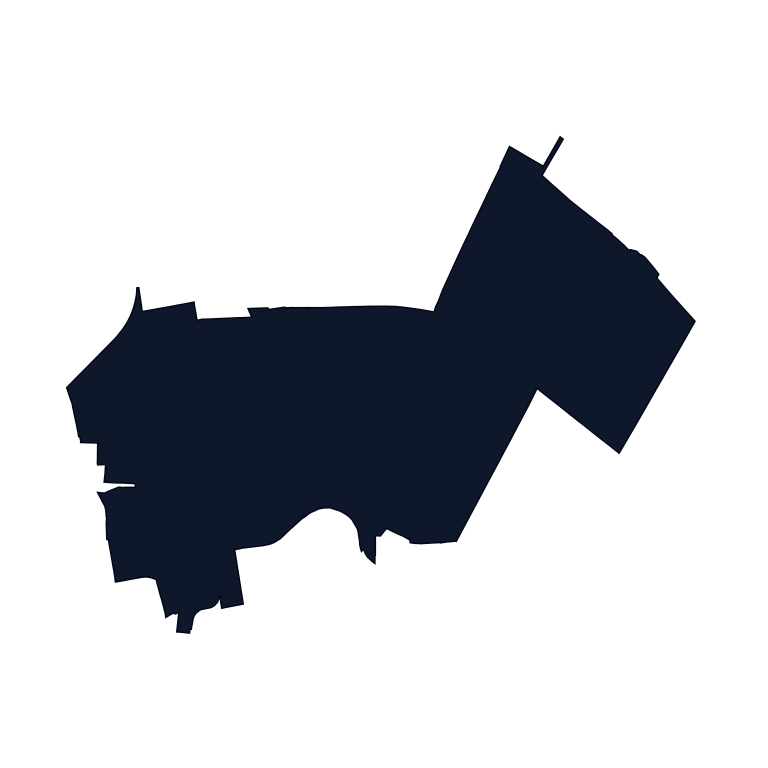 Glina, Ilfov, Romania (Natural Earth projection), rotated 264°
{"feature_id": "2599482B82334086063532", "entity_name": "Glina", "entity_type": "district", "adm_level": 2, "iso_a3": "ROU", "parent_name": "Romania", "parent_adm1": "Ilfov", "projection": "natural_earth1", "projection_center": [26.243, 44.373], "detail": "fine", "context": "isolated", "style": "filled", "palette": "ink", "viewbox_px": 768, "rotation_deg": 264, "n_neighbors": 0, "source": "geoboundaries", "source_scale": "gbopen_adm2", "svg_char_len": 5225}
<svg xmlns="http://www.w3.org/2000/svg" viewBox="0 0 768 768"><g transform="rotate(264 384 384)"><path d="M611.4,585.0L602.0,578.3L583.9,565.2L591.7,554.4L593.0,552.7L597.2,546.9L602.7,539.6L605.1,536.3L607.0,533.6L588.3,522.4L587.5,522.5L583.6,520.1L578.0,516.6L573.5,513.7L566.2,509.3L561.1,506.2L547.5,497.9L538.0,492.0L533.6,489.3L524.4,483.8L518.4,480.1L512.3,476.4L504.2,471.5L489.1,462.6L477.5,455.8L470.9,451.9L465.3,449.1L461.5,447.2L454.8,443.1L450.3,441.4L450.5,440.8L452.5,433.9L454.0,428.7L456.4,419.1L458.5,410.3L459.8,404.0L461.1,394.3L461.6,389.3L462.2,383.2L462.7,378.5L463.7,365.8L463.8,365.5L464.6,353.9L464.8,352.2L465.3,346.1L465.3,345.7L465.6,340.4L466.3,331.0L466.3,330.7L467.0,324.3L467.9,316.3L468.7,308.1L468.8,307.2L469.6,300.2L470.0,294.4L470.0,294.1L469.1,294.4L469.2,293.7L470.8,293.3L470.5,286.3L470.1,277.3L470.8,277.1L471.8,276.4L473.2,256.7L467.8,258.4L464.1,259.6L464.3,258.5L464.6,251.9L464.9,247.5L465.1,246.0L465.7,235.6L466.3,226.2L466.6,220.2L466.9,216.2L467.4,209.6L467.0,206.7L467.0,204.6L474.9,204.2L479.4,203.8L485.3,203.6L484.5,194.4L483.9,186.1L483.2,178.3L482.5,167.6L481.5,154.1L481.5,151.1L484.6,150.9L486.3,151.0L496.5,150.5L505.4,150.2L505.5,148.5L505.5,148.3L498.9,147.2L495.9,146.4L490.4,144.6L486.5,143.1L481.4,140.7L478.2,138.9L473.2,135.8L469.8,133.2L465.8,129.9L460.2,124.3L457.4,121.5L443.2,104.2L441.7,102.4L430.9,89.2L426.3,83.6L424.4,81.2L413.7,68.2L413.2,68.1L408.3,69.2L406.8,69.5L396.6,71.9L393.4,72.0L391.4,72.3L387.6,72.7L384.2,73.0L376.3,73.9L367.7,74.6L364.6,74.8L363.5,74.9L363.2,75.8L361.9,76.2L361.0,76.2L360.3,76.3L359.1,76.4L358.3,76.4L357.5,76.2L355.3,93.0L353.6,92.9L341.8,91.5L338.9,91.2L338.4,91.1L337.6,91.0L336.7,90.9L335.2,90.7L334.5,90.6L334.4,91.0L333.9,91.2L333.4,91.1L333.1,98.7L323.8,97.2L315.7,95.4L314.7,100.8L313.5,108.3L312.8,114.4L311.5,122.5L310.8,126.3L307.2,125.9L308.2,116.6L308.4,112.1L308.9,111.3L309.1,109.3L305.9,98.0L304.7,94.9L305.2,91.7L306.1,87.9L305.7,88.1L305.0,88.2L304.2,88.5L303.7,88.8L303.1,89.0L297.0,91.4L292.5,93.3L291.1,93.7L287.6,94.1L283.9,94.1L281.3,93.9L279.5,94.1L275.3,93.3L258.3,92.1L258.2,93.6L251.3,94.1L244.2,94.6L233.5,95.3L229.0,95.6L226.8,95.8L225.3,95.9L222.8,96.0L220.2,96.1L216.5,96.4L216.4,96.4L216.5,96.1L215.3,96.2L215.1,96.5L217.1,121.6L217.1,124.1L217.1,125.9L217.1,126.6L216.9,127.9L216.2,130.7L215.6,132.4L213.4,136.9L212.6,137.1L210.2,137.5L209.0,137.5L205.7,138.2L198.7,139.2L192.1,140.5L184.0,141.7L178.1,142.6L176.8,142.5L175.8,142.5L174.7,142.6L177.9,149.7L178.5,150.8L178.0,151.1L177.6,151.5L177.3,151.9L177.1,152.5L177.2,153.2L177.5,153.8L177.8,154.3L178.3,154.9L178.5,155.2L178.4,155.7L178.0,156.1L176.4,155.7L159.1,152.0L158.8,153.1L159.0,153.2L158.1,157.5L156.8,163.5L156.6,164.6L160.3,165.3L160.2,166.7L163.9,167.6L165.5,168.3L167.1,168.6L169.4,169.3L170.8,169.7L172.5,170.5L174.6,172.0L175.8,173.2L178.0,176.6L178.9,178.7L179.5,186.3L179.8,188.5L180.3,189.9L181.0,191.5L181.9,192.8L182.8,193.8L184.4,195.6L187.7,197.3L189.7,197.8L191.5,198.0L190.3,198.5L189.9,198.6L177.9,199.2L178.2,201.2L179.9,221.0L234.8,218.1L235.2,221.5L235.1,223.4L235.6,223.5L235.7,230.9L236.0,247.8L236.8,254.6L238.1,258.7L241.2,265.0L249.9,276.1L251.7,278.9L252.5,279.8L259.0,288.8L259.7,290.6L262.9,295.7L263.9,297.8L265.4,302.5L266.5,305.5L267.1,310.9L266.5,317.6L262.1,327.3L258.7,332.1L255.7,335.4L252.1,338.2L249.2,339.5L244.7,341.5L242.4,342.5L239.3,342.9L236.1,343.0L230.6,343.3L227.0,343.1L223.1,343.5L219.9,344.1L221.8,346.6L217.2,347.7L213.4,349.6L207.9,354.5L206.5,356.2L214.0,357.0L214.6,357.5L232.6,359.4L234.0,359.6L233.3,364.6L239.5,370.8L239.8,371.4L239.3,372.8L236.7,376.8L235.6,378.6L234.0,381.2L232.8,383.3L231.1,386.4L230.8,387.0L229.8,388.4L226.2,393.4L223.4,393.5L222.4,397.7L222.0,399.5L222.0,400.3L222.0,400.9L222.0,401.3L221.7,402.2L221.6,402.5L221.5,403.0L221.4,403.6L221.4,403.8L221.4,404.3L221.4,404.5L221.0,412.8L220.4,423.9L220.1,423.8L220.4,430.7L220.3,433.4L220.2,439.2L220.0,439.4L226.4,443.8L233.3,448.4L245.8,456.9L265.3,470.1L282.9,482.0L294.5,489.9L298.3,492.5L298.6,492.6L314.5,503.4L322.5,508.7L338.0,519.1L341.1,521.2L347.8,525.7L351.1,527.8L356.0,530.9L363.7,535.8L360.8,538.7L356.0,543.6L354.6,545.0L346.0,553.9L341.4,558.6L335.4,564.7L335.1,565.0L327.1,573.1L325.6,574.8L317.2,583.4L315.6,584.9L307.3,593.5L305.7,595.1L301.6,599.4L290.6,610.6L290.9,610.8L316.7,629.8L344.4,649.8L352.3,655.5L364.2,664.1L376.0,672.7L386.0,679.9L402.1,691.5L407.1,695.0L408.7,696.2L409.1,696.4L410.1,697.2L413.7,699.8L413.8,699.9L417.2,697.5L427.2,690.2L433.7,685.5L436.3,683.6L437.3,682.9L438.2,682.2L439.9,681.0L444.1,678.0L457.7,668.6L460.6,666.6L461.0,666.7L461.4,666.8L463.3,667.9L464.4,668.8L468.3,666.3L469.8,665.4L473.4,663.1L482.6,656.8L485.7,653.3L485.5,652.9L485.8,652.1L489.5,649.4L491.9,642.9L491.0,642.0L496.0,637.7L496.5,637.6L498.4,635.8L500.1,634.2L501.4,633.1L501.6,632.9L503.3,631.4L504.6,630.2L505.9,628.9L506.6,628.3L507.2,627.6L508.0,626.9L508.8,626.1L509.4,626.6L510.0,626.1L511.6,624.5L513.7,622.5L516.2,619.9L522.3,613.5L525.7,610.0L535.9,599.4L543.9,591.3L546.8,588.4L549.3,586.1L554.7,581.2L566.1,570.7L567.9,569.1L574.9,562.9L575.2,563.2L588.4,572.8L604.1,584.4L608.8,587.8L611.4,585.0Z" fill="#0f172a" stroke="#020617" stroke-width="1.5"/></g></svg>